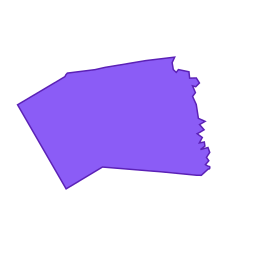 the district of Indiana, Pennsylvania, United States of America, rotated 239°
{"feature_id": "52423323B69347257455112", "entity_name": "Indiana", "entity_type": "district", "adm_level": 2, "iso_a3": "USA", "parent_name": "United States of America", "parent_adm1": "Pennsylvania", "projection": "mercator", "projection_center": [-79.208, 40.641], "detail": "fine", "context": "isolated", "style": "filled", "palette": "violet", "viewbox_px": 256, "rotation_deg": 239, "n_neighbors": 0, "source": "geoboundaries", "source_scale": "gbopen_adm2", "svg_char_len": 754}
<svg xmlns="http://www.w3.org/2000/svg" viewBox="0 0 256 256"><g transform="rotate(239 128 128)"><path d="M164.7,204.5L176.6,178.0L191.8,139.5L195.0,129.8L206.3,104.3L205.6,102.1L204.5,100.4L204.8,45.3L107.7,43.6L107.7,86.0L78.7,126.4L73.8,133.3L52.0,162.7L49.7,166.5L51.5,175.5L51.1,176.6L51.2,177.0L51.7,177.6L52.7,178.1L52.9,178.1L54.2,176.8L56.7,175.5L58.3,180.4L62.4,180.1L65.0,185.5L70.1,186.5L72.2,179.0L72.9,184.6L76.7,186.2L78.5,181.5L81.6,186.8L87.5,184.3L87.3,187.1L87.3,192.3L94.1,191.1L94.0,197.5L100.0,193.3L113.0,198.6L121.8,199.6L123.6,204.0L130.9,205.0L128.5,207.3L129.8,212.4L135.7,212.3L139.0,206.5L144.8,209.2L152.1,201.3L150.8,198.0L154.7,196.9L161.3,199.5L164.7,204.5Z" fill="#8b5cf6" stroke="#5b21b6" stroke-width="1.5"/></g></svg>